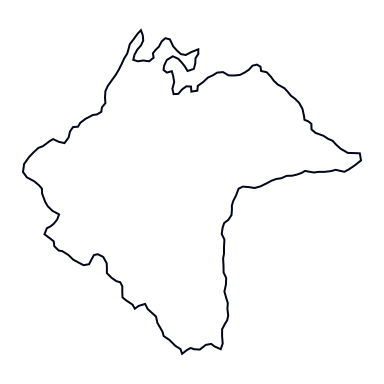 Rio Rufino, Santa Catarina, Brazil
{"feature_id": "56859067B87271678481012", "entity_name": "Rio Rufino", "entity_type": "district", "adm_level": 2, "iso_a3": "BRA", "parent_name": "Brazil", "parent_adm1": "Santa Catarina", "projection": "orthographic", "projection_center": [-49.748, -27.921], "detail": "fine", "context": "isolated", "style": "outline", "palette": "ink", "viewbox_px": 384, "rotation_deg": 0, "n_neighbors": 0, "source": "geoboundaries", "source_scale": "gbopen_adm2", "svg_char_len": 2817}
<svg xmlns="http://www.w3.org/2000/svg" viewBox="0 0 384 384"><path d="M24.1,164.0L23.0,172.0L26.8,177.3L34.4,181.4L39.2,185.5L41.9,188.7L42.1,193.6L45.1,201.7L47.7,206.2L52.5,210.9L59.1,214.4L57.1,219.7L53.7,223.8L50.6,226.3L46.8,228.3L44.5,234.3L50.0,238.4L53.7,241.3L54.3,246.2L58.7,250.5L62.4,251.2L68.3,254.9L73.3,259.7L77.5,262.0L83.6,265.2L89.1,264.2L91.5,259.5L93.9,255.1L97.7,254.2L103.2,256.9L106.7,263.3L106.9,268.4L106.9,273.2L111.8,278.0L116.4,281.2L120.2,282.2L122.3,286.3L122.3,292.2L122.5,297.4L125.9,300.2L132.6,304.7L134.8,308.7L138.7,305.9L145.1,303.9L147.6,308.9L151.6,312.6L156.0,316.5L157.4,322.9L160.5,328.2L162.5,331.8L163.7,336.1L169.5,340.0L175.4,345.9L180.5,349.1L182.1,353.8L187.1,349.9L190.6,348.0L194.2,349.2L199.7,349.6L205.8,344.9L211.2,343.9L214.7,346.5L220.7,349.2L222.7,343.5L222.1,336.4L222.1,329.3L225.0,323.7L227.2,320.3L228.2,315.5L227.4,308.9L227.8,303.1L226.2,297.9L224.4,291.5L225.9,284.7L226.2,278.0L223.6,272.5L223.5,265.7L223.1,258.5L224.0,253.7L224.0,247.4L224.4,239.5L221.7,234.0L222.6,227.8L224.1,223.1L228.6,219.6L231.5,215.0L231.9,210.3L231.9,205.4L233.3,200.8L235.9,195.8L238.6,188.7L242.8,186.6L248.9,187.1L254.6,188.0L260.4,186.4L267.3,183.0L271.5,180.7L276.2,179.0L281.4,178.2L286.5,175.9L292.2,175.7L297.2,174.5L301.7,172.9L305.1,170.9L309.6,171.8L314.0,172.5L318.3,171.9L324.3,171.9L331.1,171.1L335.7,169.8L340.3,170.9L344.4,171.8L349.0,169.3L355.4,164.9L361.0,160.4L359.8,153.3L354.7,153.1L347.8,152.9L340.6,148.7L336.1,144.6L332.5,140.7L328.2,138.9L323.5,135.8L315.5,132.9L311.5,129.4L311.4,123.9L308.4,121.4L304.5,119.8L303.9,115.5L302.5,109.0L299.3,103.1L295.2,98.9L290.8,95.6L287.6,91.6L284.4,88.2L277.9,84.6L273.8,80.8L271.0,76.8L266.6,72.2L261.1,71.0L260.5,66.7L256.9,64.6L252.5,65.7L248.9,69.7L244.9,72.4L240.0,74.9L234.4,75.5L228.7,75.4L223.0,72.1L217.2,72.6L212.7,75.4L207.9,77.6L203.2,82.0L197.8,85.9L197.3,90.7L191.4,91.6L191.0,86.6L186.4,86.3L182.1,89.4L178.3,93.9L173.6,94.1L172.4,88.8L174.2,82.0L173.1,75.8L171.8,71.2L166.9,72.6L163.5,69.9L164.2,65.5L166.8,60.0L172.8,56.3L178.3,58.8L181.7,62.5L184.7,66.2L187.6,71.0L193.8,68.9L195.3,63.4L195.5,58.2L198.3,54.0L198.3,49.3L191.4,52.0L185.8,55.0L180.9,54.1L177.0,50.6L173.2,46.4L169.9,39.4L165.3,38.2L161.7,41.4L158.9,46.7L155.8,49.7L152.9,53.3L153.6,57.7L149.1,61.3L143.2,60.5L137.7,61.3L133.3,59.8L134.5,54.7L137.4,49.5L141.0,45.4L143.2,40.6L142.8,35.3L140.9,30.2L137.3,34.1L133.5,39.4L129.8,44.2L128.5,49.2L127.2,53.6L124.2,58.4L121.8,63.7L118.9,69.5L115.7,74.9L112.1,79.9L107.8,85.9L105.4,91.2L105.0,97.6L105.4,103.1L101.9,107.4L101.3,111.8L97.0,114.4L92.9,115.0L85.4,118.9L80.3,122.8L78.0,126.7L73.0,127.1L70.0,131.5L68.6,137.5L64.5,143.1L59.0,141.9L53.1,139.1L49.7,141.1L46.0,143.9L42.9,146.2L38.4,147.9L33.6,152.3L29.1,157.0L24.1,164.0Z" fill="none" stroke="#020617" stroke-width="2"/></svg>